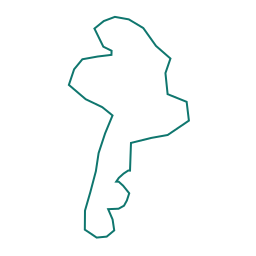 SVG path tracing the border of Szekszárd, rotated 92°
{"feature_id": "HUN-4914", "entity_name": "Szekszárd", "entity_type": "Urban county", "adm_level": 1, "iso_a3": "HUN", "parent_name": "Hungary", "parent_adm1": "", "projection": "natural_earth1", "projection_center": [18.755, 46.358], "detail": "fine", "context": "isolated", "style": "outline", "palette": "teal", "viewbox_px": 256, "rotation_deg": 92, "n_neighbors": 0, "source": "natural_earth", "source_scale": "10m", "svg_char_len": 705}
<svg xmlns="http://www.w3.org/2000/svg" viewBox="0 0 256 256"><g transform="rotate(92 128 128)"><path d="M118.5,67.4L133.6,88.1L137.1,104.4L142.8,124.5L170.5,124.5L170.5,126.3L173.7,130.8L178.1,135.4L182.0,137.9L182.0,135.4L185.9,130.8L193.2,124.5L200.5,126.6L205.8,129.3L209.0,134.6L209.8,145.0L220.0,140.2L230.8,138.2L237.3,145.5L238.6,155.5L231.1,167.6L212.1,168.1L193.4,163.4L172.3,158.6L154.1,156.5L134.2,150.7L116.0,143.9L108.1,154.4L100.7,171.3L87.0,188.6L71.2,183.9L60.9,176.0L57.6,160.7L55.5,147.1L51.4,147.1L47.6,155.5L29.8,165.0L22.0,156.0L17.4,145.0L19.4,131.0L27.6,116.2L45.0,102.9L57.1,88.0L71.8,92.5L92.8,89.6L99.8,70.3L118.5,67.4Z" fill="none" stroke="#0f766e" stroke-width="2"/></g></svg>